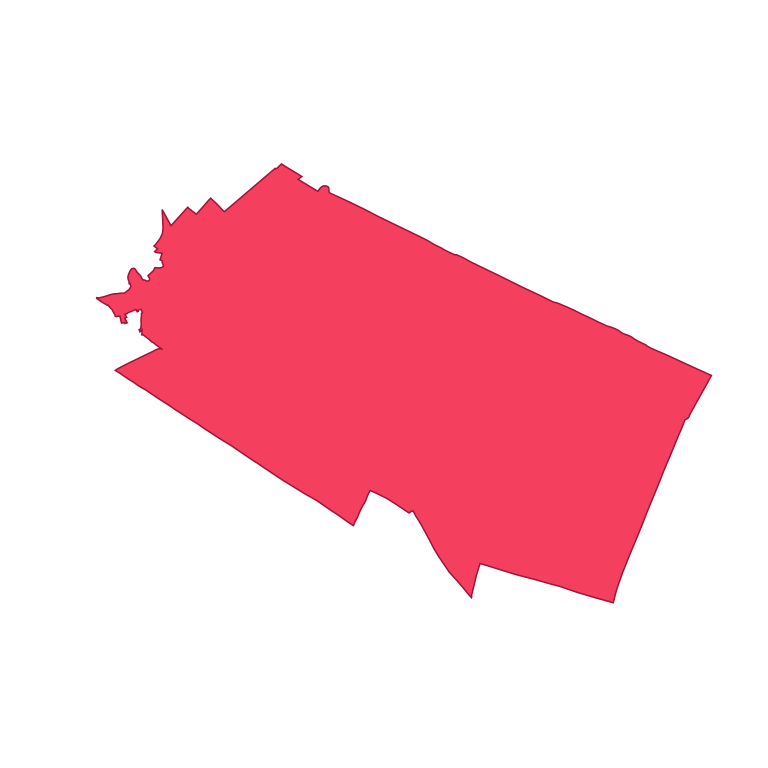 the district of Cuza Voda, Galati, Romania, rotated 23°
{"feature_id": "2599482B54089289556757", "entity_name": "Cuza Voda", "entity_type": "district", "adm_level": 2, "iso_a3": "ROU", "parent_name": "Romania", "parent_adm1": "Galati", "projection": "equal_earth", "projection_center": [27.809, 45.588], "detail": "fine", "context": "isolated", "style": "filled", "palette": "rose", "viewbox_px": 768, "rotation_deg": 23, "n_neighbors": 0, "source": "geoboundaries", "source_scale": "gbopen_adm2", "svg_char_len": 6154}
<svg xmlns="http://www.w3.org/2000/svg" viewBox="0 0 768 768"><g transform="rotate(23 384 384)"><path d="M111.6,310.1L115.4,317.9L117.5,322.3L119.8,327.1L120.3,329.0L121.0,331.1L121.2,333.4L121.0,337.5L119.3,344.7L118.3,346.8L122.8,348.1L121.1,351.6L122.2,352.1L122.5,352.1L128.6,350.4L129.3,357.2L131.1,357.2L131.5,357.1L131.8,358.0L132.5,359.0L133.8,360.3L134.7,361.2L134.9,361.8L134.4,362.8L133.7,363.8L132.7,364.4L131.7,364.9L130.2,365.6L128.3,366.1L128.0,366.2L127.6,366.6L127.6,368.5L127.5,369.7L124.4,376.5L124.6,376.7L124.8,377.0L125.5,377.4L126.3,377.9L127.0,378.5L127.3,379.2L127.4,379.8L127.3,380.3L127.1,380.6L126.7,381.2L126.3,381.6L125.9,381.8L125.5,381.9L125.3,381.8L125.0,381.8L124.7,381.8L124.1,381.8L122.8,381.9L121.2,382.3L119.6,381.3L118.7,380.3L117.7,379.6L117.2,379.3L115.7,378.6L114.5,378.1L114.0,377.9L113.1,377.6L111.6,376.5L110.8,375.9L109.3,375.2L108.4,375.3L106.7,376.4L106.2,378.2L106.0,379.2L106.0,380.0L106.0,382.7L106.2,384.5L106.2,384.9L106.7,386.0L106.9,386.5L107.8,387.9L108.7,388.8L109.2,389.3L110.1,390.3L110.4,390.7L110.0,391.0L110.4,391.4L111.0,391.0L111.7,391.6L112.5,392.5L112.9,393.1L112.9,393.8L112.8,394.1L112.7,395.2L112.2,397.0L111.5,398.3L111.0,399.0L110.3,400.5L109.9,401.3L109.5,401.7L109.2,401.8L108.3,402.3L107.1,402.8L106.4,403.2L105.0,403.9L103.8,404.7L102.3,405.5L100.5,406.4L98.8,407.5L97.0,408.8L95.8,409.9L93.4,412.0L90.2,414.5L89.2,415.2L88.0,416.1L85.9,416.7L86.0,417.5L91.5,418.7L94.4,419.1L96.8,419.4L97.6,419.5L98.6,419.6L99.2,419.3L99.9,419.6L102.1,420.7L103.4,421.4L103.7,421.4L105.0,422.0L106.1,423.0L107.2,424.0L107.7,424.4L108.2,424.7L108.7,425.0L109.0,425.2L109.3,425.6L109.5,425.8L110.2,426.7L111.7,426.4L112.3,425.8L113.2,425.4L114.3,424.6L114.9,425.5L115.9,426.8L117.1,428.6L118.6,430.5L120.9,429.0L121.5,429.7L123.7,428.0L119.6,424.6L121.1,423.2L118.3,420.9L119.3,420.2L120.0,419.5L120.6,418.4L122.0,416.9L124.3,414.6L126.5,412.4L128.6,414.0L129.4,413.2L128.6,412.4L130.9,410.2L132.7,411.5L133.3,412.1L133.8,412.6L133.6,413.0L133.1,413.6L133.4,414.3L133.9,415.7L134.8,418.5L135.3,420.0L135.5,420.4L135.7,420.8L135.8,421.1L136.7,422.9L137.3,424.2L137.5,424.9L137.6,425.2L137.9,426.1L138.0,426.8L138.4,428.1L138.3,428.3L137.8,429.0L137.3,429.6L137.5,429.8L138.4,430.9L138.9,431.4L139.1,431.1L139.5,430.6L139.7,429.6L140.1,428.5L140.5,429.7L141.0,430.9L141.9,433.4L141.9,434.1L142.3,432.7L146.0,433.6L146.5,433.8L147.1,433.9L148.3,434.2L150.7,434.9L152.6,435.4L152.7,435.7L154.3,436.0L155.5,436.2L157.4,436.6L159.0,437.1L160.2,437.4L161.6,437.7L162.3,437.9L163.3,438.1L164.5,438.4L165.1,438.5L165.6,438.5L166.7,438.8L165.6,438.8L164.9,438.8L164.5,438.8L164.2,439.0L163.7,439.2L163.2,439.4L161.9,440.3L161.1,441.2L160.2,442.1L159.8,442.7L158.7,444.0L158.0,444.9L156.9,446.1L140.8,464.5L132.9,474.0L131.3,476.5L136.1,477.2L146.9,479.4L151.8,480.1L153.4,480.4L156.8,481.2L158.3,481.5L162.2,482.1L166.2,482.5L166.9,482.6L180.6,485.3L183.0,485.7L184.7,486.0L186.6,486.3L189.0,486.7L191.4,487.1L197.7,488.3L202.0,489.2L203.1,489.4L205.6,489.8L207.3,490.1L211.8,490.9L219.7,492.3L224.0,492.9L228.3,493.6L236.7,495.4L246.0,497.0L248.6,497.5L251.1,497.9L253.2,498.3L257.8,499.0L261.9,499.6L267.8,500.5L275.1,502.0L279.8,502.9L283.2,503.6L291.9,505.3L296.4,506.1L298.1,506.3L303.9,507.5L307.0,508.1L311.6,508.9L316.4,509.9L330.4,512.5L330.9,512.5L354.0,516.0L367.3,517.5L383.7,520.9L394.5,522.9L402.2,524.6L404.5,525.1L410.0,526.2L411.2,526.3L411.2,522.1L411.7,516.4L411.6,516.0L411.6,515.0L411.6,514.2L411.6,513.8L411.6,512.9L411.6,509.8L412.1,503.5L412.3,502.4L412.6,501.1L412.7,499.5L412.6,496.4L412.6,496.0L412.5,493.8L412.6,490.9L412.9,487.4L420.9,487.6L425.0,487.9L429.4,488.1L432.1,488.4L434.0,488.5L434.6,488.8L434.8,488.8L435.3,488.9L440.8,489.8L444.8,490.5L445.9,490.8L449.0,491.3L452.9,492.1L456.8,492.8L457.3,492.8L457.6,492.9L458.1,492.0L458.8,490.7L459.1,490.4L459.8,489.9L460.4,489.5L460.8,489.8L461.4,490.3L464.8,493.1L465.5,493.6L467.6,495.0L470.0,496.6L471.3,497.7L472.5,498.4L473.8,499.5L477.7,502.6L479.7,504.1L480.6,504.9L481.7,505.6L484.7,508.2L485.6,508.8L487.1,510.0L487.9,510.8L489.8,512.3L490.7,513.1L492.9,514.9L493.7,515.7L494.2,516.0L495.5,517.0L497.1,518.1L502.2,521.8L506.7,524.6L513.3,528.9L515.1,530.0L516.9,531.3L518.2,532.0L523.6,534.5L527.4,536.2L528.6,536.7L533.1,539.1L535.5,540.2L537.8,541.4L539.7,542.4L541.8,543.5L548.0,546.5L547.9,545.5L547.2,544.4L546.3,538.8L543.7,523.2L542.6,511.7L547.0,511.2L579.7,507.9L600.1,504.9L617.2,502.8L624.0,501.7L643.3,500.3L661.9,498.2L680.5,495.8L679.1,486.7L678.4,481.5L677.3,464.2L676.9,440.5L676.8,424.8L676.6,410.4L676.2,399.5L676.1,389.0L675.9,372.5L675.8,366.1L675.5,356.4L675.5,353.3L675.5,353.1L675.5,352.5L675.5,349.9L675.4,347.0L675.5,344.0L675.5,337.4L675.4,334.2L675.4,331.1L675.3,321.9L675.2,315.0L675.3,313.0L675.3,308.6L675.1,300.9L675.0,300.0L675.2,299.2L675.6,298.6L676.3,298.0L676.6,297.6L677.0,297.1L677.5,295.3L677.5,294.3L677.5,293.2L677.7,290.0L678.1,286.2L681.1,258.4L682.1,248.2L665.0,247.8L658.2,247.6L647.7,247.3L630.8,246.8L620.9,246.8L615.5,246.7L611.7,246.3L609.4,245.6L606.9,245.6L599.8,245.2L597.0,244.8L594.3,244.1L590.8,243.8L585.7,244.1L583.4,244.1L578.7,243.0L574.8,242.8L570.2,243.0L566.5,243.5L556.9,243.2L549.1,242.7L538.7,242.4L531.3,241.9L522.1,241.6L519.3,241.7L513.8,241.6L511.9,241.7L507.8,242.4L496.3,241.7L490.1,241.4L473.3,240.8L447.8,239.3L416.9,237.8L408.2,236.9L400.2,236.6L399.1,237.4L393.2,237.3L386.8,236.9L383.8,236.4L381.2,236.3L375.6,236.0L368.2,234.9L354.8,234.1L327.8,232.8L312.5,232.0L298.9,230.9L285.5,230.2L281.4,230.0L276.1,229.8L268.5,229.6L264.5,229.5L259.0,229.3L258.1,228.2L257.2,226.3L256.5,225.0L255.7,224.4L254.5,224.2L253.0,224.4L251.7,224.9L250.7,225.4L250.1,226.0L249.3,227.2L248.4,229.6L247.9,232.5L225.0,229.2L227.3,225.1L211.3,222.7L207.7,222.2L204.8,221.7L203.7,221.5L202.4,224.2L201.3,227.0L200.2,228.3L199.5,228.1L169.7,287.8L165.8,286.2L161.6,284.4L157.7,282.8L154.3,281.6L151.8,280.7L151.2,282.2L150.2,285.1L148.5,290.5L144.9,301.1L143.8,300.8L142.0,300.2L140.5,300.0L139.0,299.5L137.7,299.0L136.2,298.8L135.4,298.5L134.4,297.9L133.4,300.2L132.5,303.0L126.1,321.5L111.6,310.1Z" fill="#f43f5e" stroke="#9f1239" stroke-width="1.5"/></g></svg>